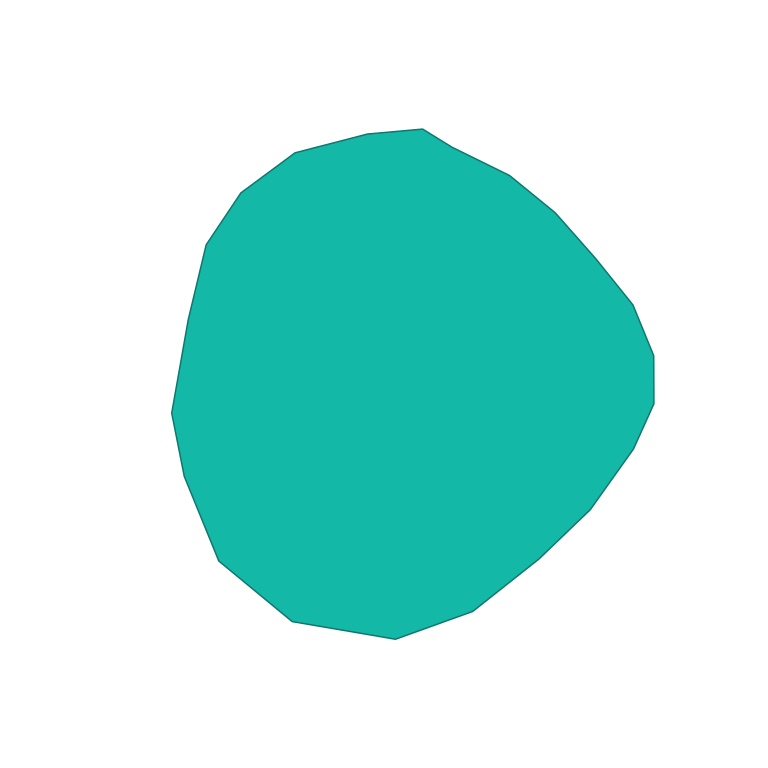 Tshikapa, Kasaï-Occidental, Democratic Republic of the Congo, rotated 314°
{"feature_id": "63176286B37681851712476", "entity_name": "Tshikapa", "entity_type": "district", "adm_level": 2, "iso_a3": "COD", "parent_name": "Democratic Republic of the Congo", "parent_adm1": "Kasaï-Occidental", "projection": "robinson", "projection_center": [20.826, -6.413], "detail": "fine", "context": "isolated", "style": "filled", "palette": "teal", "viewbox_px": 768, "rotation_deg": 314, "n_neighbors": 0, "source": "geoboundaries", "source_scale": "gbopen_adm2", "svg_char_len": 447}
<svg xmlns="http://www.w3.org/2000/svg" viewBox="0 0 768 768"><g transform="rotate(314 384 384)"><path d="M365.6,617.0L436.8,619.7L510.6,608.6L557.3,591.9L591.7,558.4L613.8,508.2L621.2,449.6L626.1,388.2L621.2,329.6L601.5,268.2L594.2,234.7L552.4,198.5L488.5,159.4L422.1,148.3L360.6,159.4L294.3,198.5L215.6,251.5L178.8,304.5L141.9,388.2L149.3,483.0L208.3,569.5L282.0,605.8L365.6,617.0Z" fill="#14b8a6" stroke="#0f766e" stroke-width="1.5"/></g></svg>